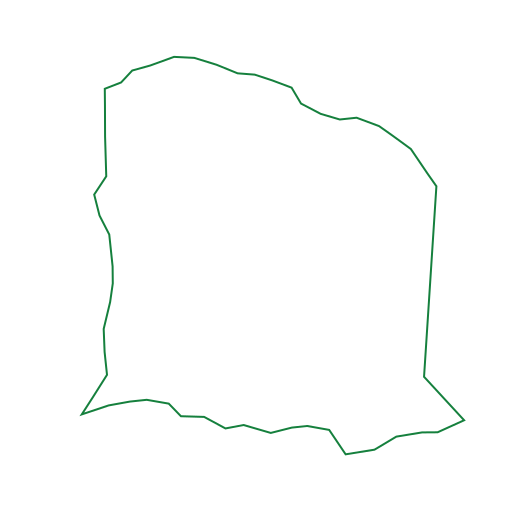 the district of Sysklipos, Cyprus, rotated 84°
{"feature_id": "46923920B59852999590656", "entity_name": "Sysklipos", "entity_type": "district", "adm_level": 2, "iso_a3": "CYP", "parent_name": "Cyprus", "parent_adm1": "", "projection": "orthographic", "projection_center": [33.179, 35.296], "detail": "fine", "context": "isolated", "style": "outline", "palette": "green", "viewbox_px": 512, "rotation_deg": 84, "n_neighbors": 0, "source": "geoboundaries", "source_scale": "gbopen_adm2", "svg_char_len": 808}
<svg xmlns="http://www.w3.org/2000/svg" viewBox="0 0 512 512"><g transform="rotate(84 256 256)"><path d="M395.3,445.8L389.2,418.2L387.6,396.6L387.6,379.7L393.7,358.2L407.5,347.4L410.6,324.4L424.3,304.4L422.8,286.0L433.5,259.8L430.4,238.3L430.4,222.9L436.6,201.4L462.6,187.6L461.0,158.4L450.3,135.3L448.8,109.2L450.3,93.8L441.1,66.2L393.7,101.5L205.5,69.3L191.8,76.9L165.8,90.8L150.5,107.7L139.7,120.0L129.0,141.5L129.0,158.4L121.4,176.8L109.1,195.3L92.3,203.0L83.1,221.4L75.5,238.3L72.4,255.2L61.7,275.2L52.5,296.7L49.4,316.7L55.5,341.3L58.6,359.7L69.3,372.0L73.9,388.9L90.7,390.5L121.3,393.6L161.1,396.6L178.0,410.5L199.4,407.4L219.3,399.7L236.1,399.7L251.4,399.7L268.3,401.3L286.6,405.9L312.6,415.1L335.6,416.6L358.6,416.6L380.0,433.5L395.3,445.8Z" fill="none" stroke="#15803d" stroke-width="2"/></g></svg>